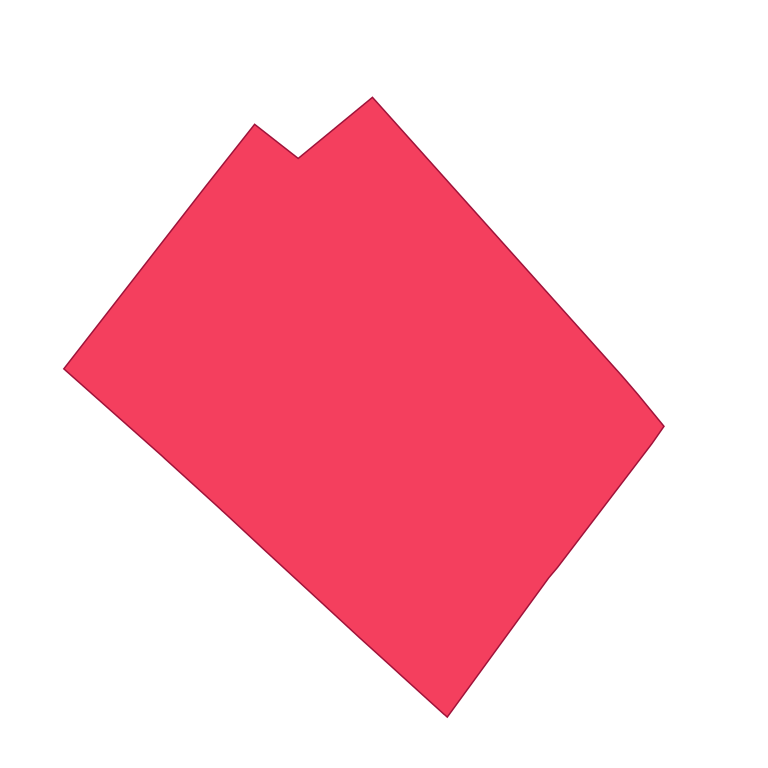 Bradford, Pennsylvania, United States of America, rotated 222°
{"feature_id": "52423323B55160091644595", "entity_name": "Bradford", "entity_type": "district", "adm_level": 2, "iso_a3": "USA", "parent_name": "United States of America", "parent_adm1": "Pennsylvania", "projection": "orthographic", "projection_center": [-76.584, 41.772], "detail": "fine", "context": "isolated", "style": "filled", "palette": "rose", "viewbox_px": 768, "rotation_deg": 222, "n_neighbors": 0, "source": "geoboundaries", "source_scale": "gbopen_adm2", "svg_char_len": 483}
<svg xmlns="http://www.w3.org/2000/svg" viewBox="0 0 768 768"><g transform="rotate(222 384 384)"><path d="M584.4,589.3L598.7,494.2L653.9,490.4L648.9,413.1L632.1,181.0L500.7,182.0L496.6,181.9L422.2,181.6L419.3,181.5L415.0,181.5L359.0,180.6L358.6,180.6L305.6,180.0L231.7,179.1L187.8,179.0L175.1,178.9L118.3,178.7L117.6,178.8L114.1,178.8L131.9,350.4L132.3,363.6L145.0,519.0L147.6,539.9L188.3,546.1L211.5,549.1L584.4,589.3Z" fill="#f43f5e" stroke="#9f1239" stroke-width="1.5"/></g></svg>